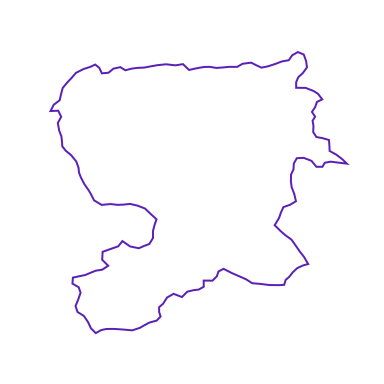 Soledade de Minas, Minas Gerais, Brazil, rotated 277°
{"feature_id": "56859067B11452505630920", "entity_name": "Soledade de Minas", "entity_type": "district", "adm_level": 2, "iso_a3": "BRA", "parent_name": "Brazil", "parent_adm1": "Minas Gerais", "projection": "natural_earth1", "projection_center": [-45.033, -22.029], "detail": "fine", "context": "isolated", "style": "outline", "palette": "violet", "viewbox_px": 384, "rotation_deg": 277, "n_neighbors": 0, "source": "geoboundaries", "source_scale": "gbopen_adm2", "svg_char_len": 2358}
<svg xmlns="http://www.w3.org/2000/svg" viewBox="0 0 384 384"><g transform="rotate(277 192 192)"><path d="M134.7,316.1L141.2,311.1L146.0,306.3L151.4,301.5L156.8,296.6L160.7,289.6L164.1,284.6L169.1,278.1L176.9,281.6L182.2,282.7L188.2,284.6L191.2,290.8L195.5,296.3L202.6,293.7L209.0,290.3L214.9,288.8L221.5,288.2L226.8,290.0L232.7,289.6L238.3,291.9L239.5,298.7L237.5,306.8L232.2,312.4L232.9,318.4L237.2,320.2L239.0,326.0L239.0,342.3L242.9,337.1L246.6,330.8L249.5,323.6L254.4,322.8L260.3,321.6L261.4,314.7L261.7,308.8L266.2,305.0L272.4,304.5L277.4,303.0L281.8,305.0L286.1,301.3L291.3,303.9L296.6,305.0L299.8,310.0L304.9,305.0L307.1,300.2L309.2,291.9L308.1,282.7L313.7,282.0L318.9,283.5L323.4,287.4L329.6,290.9L335.7,289.4L342.0,286.2L343.8,280.0L339.9,274.8L334.6,272.0L332.5,265.2L329.1,258.8L325.9,251.8L323.9,245.8L325.6,240.5L327.6,234.9L325.4,226.5L321.7,221.6L320.8,213.9L319.5,208.0L318.1,201.1L318.4,194.6L317.6,188.8L315.4,181.6L312.8,174.2L317.8,167.5L315.7,160.1L315.6,150.7L313.7,142.3L311.7,135.8L309.7,129.5L308.6,123.0L307.2,117.4L304.7,110.9L307.2,105.7L304.9,99.0L300.2,94.6L298.8,88.1L304.1,84.7L306.7,80.4L303.8,75.8L300.8,69.3L296.1,62.3L290.3,58.4L285.9,55.1L279.5,51.0L273.2,50.1L267.0,49.5L261.7,44.1L255.1,41.7L256.4,49.3L250.7,53.0L244.2,50.4L236.8,52.7L231.3,55.6L226.3,56.8L221.5,57.7L217.7,61.5L213.8,67.6L208.2,73.4L202.3,76.4L197.7,77.4L193.1,79.8L186.7,84.2L180.9,89.4L176.6,92.6L171.8,95.8L168.2,103.9L170.1,112.6L170.2,119.9L171.1,125.4L172.6,131.9L171.9,139.3L169.9,147.3L165.2,153.6L160.6,160.1L155.0,158.9L148.4,158.0L141.6,158.9L135.2,156.0L132.6,151.0L129.7,146.1L130.4,137.3L134.8,128.9L129.1,125.4L125.9,118.9L121.8,110.6L113.8,111.1L108.6,117.8L104.0,112.4L102.1,105.9L99.3,100.9L96.6,96.1L94.9,91.1L92.5,84.2L86.5,84.5L83.7,91.1L78.4,93.7L70.8,92.0L64.5,90.3L58.9,93.1L55.8,99.8L50.3,104.6L44.4,108.3L40.2,113.7L43.9,118.7L45.6,123.7L46.6,131.2L47.1,140.6L47.4,149.5L50.8,156.8L53.9,160.9L57.2,165.6L60.0,172.5L64.5,176.0L68.9,174.0L73.7,173.4L77.4,176.8L84.2,180.1L88.7,186.1L86.5,194.8L92.5,199.5L94.7,205.4L96.0,210.6L99.4,215.2L105.5,214.4L106.5,223.1L111.3,226.9L116.4,228.0L119.6,232.7L116.4,241.4L114.1,249.2L111.9,256.4L108.8,262.9L109.1,269.9L109.1,280.0L110.1,289.4L111.1,294.8L116.2,295.7L119.7,298.9L124.7,301.9L129.4,305.9L132.5,310.9L134.7,316.1Z" fill="none" stroke="#5b21b6" stroke-width="2"/></g></svg>